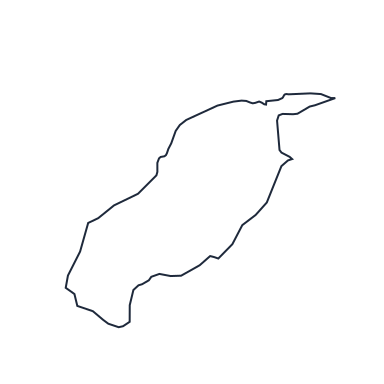 the border of Iğdir, rotated 305°
{"feature_id": "TUR-4840", "entity_name": "Iğdir", "entity_type": "Province", "adm_level": 1, "iso_a3": "TUR", "parent_name": "Turkey", "parent_adm1": "", "projection": "orthographic", "projection_center": [44.174, 39.869], "detail": "fine", "context": "isolated", "style": "outline", "palette": "slate", "viewbox_px": 384, "rotation_deg": 305, "n_neighbors": 0, "source": "natural_earth", "source_scale": "10m", "svg_char_len": 1157}
<svg xmlns="http://www.w3.org/2000/svg" viewBox="0 0 384 384"><g transform="rotate(305 192 192)"><path d="M351.1,255.5L333.6,243.0L329.5,239.4L316.6,233.5L313.7,230.2L307.9,221.4L304.5,219.1L299.3,220.7L276.6,239.6L275.6,242.7L276.8,251.8L276.4,255.1L272.9,252.5L264.5,250.4L226.3,259.3L209.7,257.3L193.7,252.2L172.4,255.0L152.6,251.7L151.4,247.5L149.9,243.6L136.4,240.3L117.2,231.1L110.9,222.7L106.2,212.3L99.2,207.3L94.9,207.3L87.8,204.0L84.9,201.7L78.1,200.2L63.6,205.9L49.9,215.4L42.5,212.5L39.2,209.5L36.1,199.0L36.3,192.4L37.5,179.2L32.9,163.4L41.0,154.2L41.1,143.5L52.4,138.3L79.0,134.5L107.1,124.7L116.8,130.2L136.3,135.8L159.6,148.8L185.2,153.3L188.6,152.1L196.0,146.9L200.6,145.7L202.7,146.2L205.4,148.9L207.2,149.5L209.4,149.2L213.8,147.9L219.9,147.1L232.7,143.6L239.9,143.6L247.8,146.0L259.6,152.9L277.4,163.3L289.8,174.1L295.3,180.2L297.7,184.2L298.7,188.5L299.5,190.9L301.3,192.7L304.6,195.1L305.2,197.8L305.3,200.9L306.1,202.5L309.0,200.8L316.7,209.7L320.7,212.1L321.8,212.2L324.2,211.9L325.2,212.1L326.3,213.0L327.5,215.2L340.7,232.4L344.1,238.0L346.2,241.5L348.7,252.0L351.1,255.5Z" fill="none" stroke="#1e293b" stroke-width="2"/></g></svg>